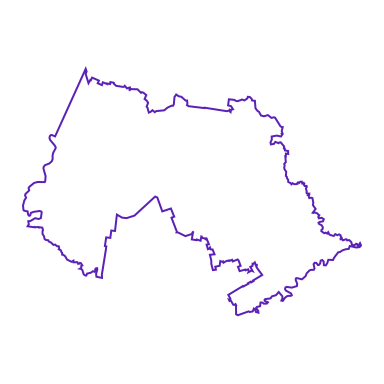 the district of Playa Vicente, Veracruz, Mexico
{"feature_id": "50627088B74539459356287", "entity_name": "Playa Vicente", "entity_type": "district", "adm_level": 2, "iso_a3": "MEX", "parent_name": "Mexico", "parent_adm1": "Veracruz", "projection": "mercator", "projection_center": [-95.61, 17.758], "detail": "fine", "context": "isolated", "style": "outline", "palette": "violet", "viewbox_px": 384, "rotation_deg": 0, "n_neighbors": 0, "source": "geoboundaries", "source_scale": "gbopen_adm2", "svg_char_len": 5956}
<svg xmlns="http://www.w3.org/2000/svg" viewBox="0 0 384 384"><path d="M360.0,243.1L358.3,245.6L357.5,245.3L357.0,244.0L356.1,243.8L354.5,245.1L353.2,245.2L351.8,244.3L351.3,242.1L349.3,240.1L347.1,240.4L346.6,239.4L345.7,239.3L343.0,240.3L342.3,239.4L340.6,239.3L340.6,238.6L341.7,238.0L341.6,237.4L340.7,236.6L340.6,235.3L339.2,234.4L337.3,235.2L335.3,234.1L333.9,235.9L332.3,235.6L329.4,234.6L328.2,232.2L327.1,233.6L325.7,232.7L324.2,233.2L321.3,231.1L321.5,229.9L322.7,228.8L322.8,227.2L321.6,225.2L319.1,224.0L318.5,222.8L319.5,222.0L323.0,221.3L323.8,219.2L321.7,217.8L318.8,218.3L318.3,217.0L319.3,215.2L318.3,214.7L317.5,213.5L314.4,212.3L313.4,213.0L312.7,212.8L315.6,208.9L312.9,205.1L313.3,202.5L312.4,198.1L311.2,197.7L309.3,198.1L308.7,196.2L309.1,195.0L308.1,195.0L309.0,193.6L306.8,193.4L306.5,192.9L306.7,191.3L305.9,188.5L306.8,186.9L306.5,185.9L304.7,186.0L304.0,185.1L304.3,183.4L303.8,182.9L303.1,183.7L302.3,183.7L301.8,181.7L300.3,181.7L299.3,182.9L298.1,182.3L297.2,183.3L297.4,183.8L296.1,184.2L294.0,184.1L292.6,183.2L291.4,184.3L290.9,183.3L288.2,181.9L288.1,179.6L287.1,178.5L286.8,176.8L285.9,176.0L286.2,171.7L284.6,169.4L284.2,167.8L284.7,165.2L284.2,164.0L285.8,162.1L285.3,156.4L285.8,156.5L285.9,153.6L288.2,154.0L288.1,151.0L284.9,150.4L284.8,148.6L283.9,148.4L284.1,146.4L280.6,142.3L279.2,142.5L278.6,143.2L275.3,141.9L273.9,143.9L270.9,144.4L270.5,142.4L271.8,139.5L271.7,136.5L276.8,135.6L281.0,136.5L282.4,134.4L281.9,133.9L282.6,133.7L281.7,131.1L282.7,127.1L281.7,127.1L280.4,126.2L275.0,117.6L273.8,117.3L271.5,117.9L267.9,115.1L263.9,116.3L261.0,115.5L259.0,111.8L257.5,110.9L255.5,108.3L254.9,100.8L252.1,100.5L251.6,98.8L249.8,97.0L247.8,96.8L247.4,98.4L244.5,100.4L242.1,99.5L237.7,101.2L235.8,100.9L234.5,99.9L228.9,99.3L228.1,105.4L231.1,106.2L233.0,109.3L231.0,109.8L230.7,111.5L230.0,110.4L229.8,111.4L228.9,110.5L226.9,111.2L204.6,107.7L204.5,108.1L188.6,106.2L187.0,105.2L187.4,103.9L187.1,100.5L185.5,100.5L181.4,96.8L178.6,96.2L176.2,94.5L174.5,97.0L173.8,104.3L173.0,105.8L171.6,105.7L167.5,107.6L164.3,110.3L156.2,111.1L154.8,112.2L152.4,110.2L150.6,111.9L148.8,112.6L147.5,107.7L146.6,106.7L148.1,102.8L146.6,100.5L144.6,99.0L146.3,95.1L143.4,92.7L141.7,92.2L141.0,92.8L137.5,89.3L130.9,89.1L129.1,90.6L130.2,88.4L129.9,87.4L126.9,88.4L124.8,85.8L124.0,86.8L122.9,86.9L116.1,85.8L113.9,83.8L113.9,82.9L113.3,82.6L110.4,82.1L110.1,84.0L107.2,83.5L107.2,84.1L102.9,82.3L101.9,85.1L97.7,83.2L98.9,80.6L92.1,77.6L90.8,80.3L90.3,80.0L88.5,83.2L85.7,74.1L86.6,71.4L85.7,68.8L55.1,136.4L51.8,135.0L50.8,135.1L49.8,136.2L49.5,138.0L50.0,139.8L54.6,145.3L55.7,147.2L55.6,148.3L53.2,152.8L52.6,155.3L52.6,159.3L51.7,161.4L49.1,163.6L44.9,165.2L43.6,167.1L43.5,168.8L45.6,176.2L45.2,181.4L44.7,182.1L37.6,182.0L34.0,183.0L29.4,186.8L28.6,188.0L29.2,190.4L25.3,194.2L25.1,195.5L26.1,197.7L24.3,200.5L23.0,205.7L23.5,210.1L24.2,210.7L27.6,211.4L28.1,214.6L29.2,215.8L30.2,215.4L30.9,212.9L33.5,211.9L39.4,211.0L41.3,211.5L41.7,212.2L40.9,218.1L38.7,219.0L35.1,218.2L30.4,221.0L28.3,221.2L28.8,224.2L27.6,226.3L34.6,227.3L34.9,226.9L35.8,227.3L37.8,227.0L38.9,227.1L39.1,227.6L40.1,227.3L42.4,227.7L43.0,230.3L42.5,231.1L42.5,233.8L44.1,236.5L44.5,238.8L45.5,239.8L48.3,240.3L48.7,241.4L51.2,242.7L53.4,244.9L55.1,244.6L57.0,246.2L58.8,246.3L59.2,248.5L58.8,249.3L60.8,250.3L61.5,252.3L62.1,252.7L62.2,254.7L63.3,254.8L65.3,256.4L67.0,259.5L71.5,261.8L73.4,260.7L73.5,262.3L77.4,262.2L78.0,263.8L79.2,263.7L79.9,262.9L80.9,263.2L82.3,265.4L81.3,265.8L81.2,268.0L79.9,268.7L81.3,269.0L82.4,270.1L83.7,274.4L85.4,275.5L86.3,275.5L87.1,273.6L90.9,272.7L92.9,271.2L94.5,271.8L95.3,270.5L95.2,269.2L96.0,268.3L97.1,268.2L97.3,269.6L96.1,273.7L96.4,276.7L102.0,277.9L101.9,274.4L106.0,248.8L106.3,246.4L104.9,246.1L106.2,237.4L110.3,237.9L111.3,230.5L115.0,231.0L116.9,214.6L122.0,217.6L125.3,218.0L126.7,218.1L134.5,215.6L155.1,196.6L157.3,197.5L162.3,211.4L170.9,208.5L174.2,216.7L171.5,217.7L176.9,231.8L176.6,232.4L178.1,232.5L185.4,236.1L192.2,233.9L192.4,232.5L193.6,231.4L193.0,232.3L191.8,239.4L196.5,240.2L196.7,239.5L200.6,240.7L201.1,237.8L201.3,238.2L201.9,237.1L202.3,238.0L204.1,238.2L205.8,239.3L206.1,238.3L206.5,238.3L208.9,244.3L206.6,244.6L207.9,249.2L209.1,248.8L210.0,247.5L210.7,249.4L212.6,249.5L214.5,254.3L209.9,254.8L211.3,260.6L211.3,263.8L212.9,270.1L215.9,269.7L215.3,266.7L219.6,265.8L220.3,261.1L222.1,261.8L223.0,261.4L223.5,262.7L226.0,261.2L228.9,260.4L229.2,261.0L232.1,259.8L232.7,261.4L237.7,259.5L238.5,260.3L240.6,265.8L238.0,266.8L239.6,271.1L245.3,269.6L245.6,270.3L248.1,269.3L248.8,271.4L248.5,272.2L251.4,270.6L252.6,271.1L250.3,266.9L252.5,265.9L252.6,263.8L253.2,264.0L254.8,262.4L255.6,264.7L256.8,264.8L256.8,265.6L256.1,265.9L256.7,267.5L262.2,275.0L253.2,280.4L253.6,281.0L251.1,282.4L250.7,281.7L248.0,283.2L248.3,283.8L243.1,286.6L242.8,286.1L228.3,294.9L230.4,298.8L230.1,300.0L228.9,299.6L229.5,301.0L230.7,300.3L233.2,304.7L234.3,304.9L235.5,304.1L236.1,305.3L235.3,305.6L236.0,305.7L236.1,314.3L237.9,315.2L248.6,311.4L249.8,312.0L252.7,311.4L253.9,308.6L255.3,310.0L255.8,311.9L258.4,312.7L258.3,311.1L256.1,307.9L257.0,306.9L260.1,306.2L260.5,302.5L262.2,302.5L263.9,303.7L266.8,303.6L267.9,302.3L264.7,300.9L264.5,300.1L265.2,299.1L270.5,298.4L272.0,296.3L276.0,295.2L278.7,292.0L282.3,296.2L282.5,298.2L281.4,300.6L282.8,300.9L284.9,297.9L286.5,296.5L288.0,295.9L290.8,295.9L291.8,295.2L291.0,293.4L285.9,290.6L285.0,289.0L285.5,287.4L286.6,286.9L291.9,287.6L296.9,286.1L297.2,283.7L295.7,280.0L295.9,278.4L296.9,278.1L302.0,279.3L305.6,276.1L306.7,273.3L309.2,270.7L310.6,269.9L313.8,269.8L314.5,268.4L313.6,264.2L314.6,262.8L316.3,262.9L317.9,265.0L318.8,265.0L320.1,263.6L320.7,260.6L322.2,260.0L323.6,261.4L323.9,265.2L325.8,265.4L327.3,263.1L328.3,259.8L333.0,260.0L334.1,257.7L338.2,252.3L340.2,251.9L342.3,250.4L345.6,249.3L348.7,248.9L349.8,246.0L356.2,247.5L359.6,247.1L361.0,245.4L360.0,243.1Z" fill="none" stroke="#5b21b6" stroke-width="2"/></svg>